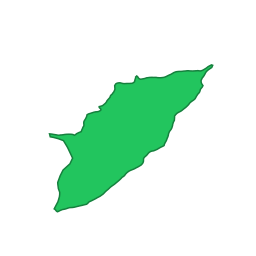 Hadibu, Hadramawt, Yemen (Albers equal-area conic projection), rotated 329°
{"feature_id": "15242507B399982580631", "entity_name": "Hadibu", "entity_type": "district", "adm_level": 2, "iso_a3": "YEM", "parent_name": "Yemen", "parent_adm1": "Hadramawt", "projection": "albers", "projection_center": [54.052, 12.499], "detail": "fine", "context": "isolated", "style": "filled", "palette": "green", "viewbox_px": 256, "rotation_deg": 329, "n_neighbors": 0, "source": "geoboundaries", "source_scale": "gbopen_adm2", "svg_char_len": 4186}
<svg xmlns="http://www.w3.org/2000/svg" viewBox="0 0 256 256"><g transform="rotate(329 128 128)"><path d="M23.1,159.3L23.3,159.6L23.7,161.0L23.8,162.2L24.3,163.4L24.9,163.5L25.5,163.7L27.0,163.7L28.3,163.9L29.7,164.1L31.0,164.6L32.4,165.1L33.6,165.4L35.1,165.7L36.4,166.0L36.8,166.1L37.5,166.5L37.9,166.7L39.2,167.4L40.3,167.9L41.7,168.4L43.4,168.9L45.0,169.4L46.9,170.0L48.6,170.6L50.3,171.1L51.9,171.6L53.1,172.0L54.6,171.9L55.8,171.4L57.1,171.3L58.5,171.5L59.8,171.6L61.1,171.7L62.5,171.8L63.9,171.9L65.9,171.9L67.3,172.0L68.7,172.1L70.1,172.0L71.5,171.9L72.7,171.8L73.9,171.5L75.6,171.0L77.0,170.7L78.2,170.5L79.6,170.3L80.9,170.0L82.1,169.7L83.7,169.5L85.0,169.4L86.4,169.3L87.7,169.2L88.9,169.0L90.2,168.8L91.5,168.6L92.8,168.4L94.7,168.0L96.0,167.7L97.6,167.2L99.0,167.2L100.5,167.0L102.0,166.3L103.8,165.8L105.1,165.6L106.8,165.5L108.2,165.6L110.1,165.9L111.3,166.1L112.7,166.3L114.0,166.3L115.4,166.4L116.6,166.5L118.4,166.5L120.2,166.5L121.6,166.1L123.0,165.5L123.9,164.6L124.0,164.6L124.9,163.3L125.5,162.3L126.8,161.6L128.2,161.3L129.5,161.1L130.9,160.7L132.1,160.2L133.7,159.8L135.2,159.8L136.6,160.1L137.7,160.6L138.9,160.9L140.5,161.1L141.8,161.3L143.5,161.3L145.1,161.3L146.7,161.4L148.6,161.6L149.9,161.6L150.9,160.6L152.5,159.6L154.3,158.6L155.3,157.8L156.4,156.9L157.6,156.1L158.8,155.0L158.9,154.9L159.7,153.9L160.7,153.1L161.8,152.3L162.9,151.9L164.1,151.4L165.2,150.8L166.2,150.0L166.3,149.9L167.4,148.9L168.2,147.9L169.2,147.0L170.3,146.1L171.6,145.4L172.4,144.3L173.3,143.0L174.1,141.7L175.2,141.3L176.4,140.9L177.8,140.6L179.2,140.6L180.7,140.7L181.9,140.8L183.3,140.7L184.6,140.5L186.1,140.3L188.0,140.1L189.4,139.8L190.7,139.5L192.2,139.1L193.4,138.5L194.6,138.2L196.1,138.0L197.5,137.9L198.9,137.8L200.5,137.5L201.6,136.9L202.9,136.1L204.3,135.4L205.4,134.9L206.9,134.5L208.1,133.9L209.1,133.0L210.1,132.1L211.4,131.6L212.6,131.2L214.1,130.3L214.1,130.2L214.0,129.0L214.0,127.6L214.4,126.2L215.2,124.8L216.2,124.2L217.3,123.4L218.5,123.0L219.7,122.5L221.2,121.7L222.5,120.9L223.0,120.6L223.8,120.2L225.1,119.8L226.2,119.6L226.7,119.5L228.2,119.4L229.7,119.3L230.9,119.3L232.9,117.9L232.1,116.9L231.2,116.8L230.6,116.8L229.3,116.7L227.9,116.7L226.7,116.9L225.4,117.0L224.1,117.0L223.9,117.0L222.7,117.0L221.3,116.9L219.7,116.5L218.5,115.7L217.4,114.8L216.3,114.3L215.0,113.6L213.8,113.0L212.7,112.4L211.6,111.7L210.5,111.0L209.5,110.2L208.4,109.5L206.6,108.7L205.0,107.9L203.6,107.3L202.4,106.7L201.3,106.0L200.1,105.4L198.8,104.8L197.6,104.4L195.8,104.1L194.0,104.1L192.5,104.1L191.2,103.9L189.5,103.7L188.1,103.6L186.9,103.5L185.7,103.3L184.4,102.9L183.3,102.4L181.8,101.7L180.5,100.9L179.3,100.1L178.3,99.2L177.2,98.5L176.1,97.9L174.9,97.1L173.7,96.4L172.6,95.8L171.2,95.2L169.6,94.5L168.3,94.3L166.8,93.8L164.9,93.1L163.8,92.6L163.0,91.6L162.7,90.4L162.7,89.1L162.3,87.9L160.9,88.2L160.9,88.3L160.0,89.2L159.1,90.0L158.2,90.9L158.1,91.0L157.3,91.8L155.9,91.9L154.7,91.9L153.8,91.4L153.6,91.3L152.4,90.7L150.4,89.5L149.1,88.8L147.9,88.2L146.6,87.3L145.6,86.3L144.4,85.1L142.8,84.3L141.5,83.9L140.1,83.9L139.8,84.1L138.4,84.8L137.8,86.0L137.3,87.1L136.6,88.2L135.5,89.0L134.5,89.7L133.1,90.2L131.9,90.8L130.5,91.0L129.2,91.6L128.3,92.5L128.2,92.5L126.7,93.0L125.6,93.3L123.9,93.9L122.9,94.6L122.1,94.9L121.2,95.2L119.9,95.4L118.7,95.6L117.5,95.7L115.5,95.2L114.3,94.8L114.1,95.1L113.9,95.7L114.5,97.9L113.7,98.8L112.3,98.8L110.9,98.6L109.8,98.1L108.4,97.4L107.2,97.0L106.9,96.9L105.6,96.6L103.9,96.2L102.9,96.0L102.7,95.9L101.4,95.6L99.8,95.5L99.7,95.6L98.9,96.4L98.0,97.2L96.9,97.9L95.9,98.5L94.4,99.2L93.2,100.1L92.5,101.2L91.9,102.5L91.2,103.5L90.2,103.9L89.2,104.6L88.3,105.3L87.1,106.1L86.1,107.0L84.6,106.8L83.5,106.6L81.0,106.4L79.7,106.6L78.3,106.6L77.6,105.4L77.4,105.2L76.6,104.5L75.3,103.6L74.3,103.0L73.1,102.3L72.0,101.7L70.3,100.9L69.0,100.4L67.8,99.9L66.7,99.3L65.8,98.9L65.4,98.8L64.3,98.1L63.1,97.0L61.8,95.9L60.7,95.0L60.4,94.7L59.3,93.8L58.4,93.1L57.7,92.6L57.5,93.3L56.8,95.5L59.3,97.7L62.7,101.2L66.2,105.6L66.2,112.8L66.1,114.4L65.0,125.3L59.8,128.8L50.7,130.6L45.3,134.0L43.8,135.2L39.7,138.5L38.9,140.0L37.1,144.1L36.4,147.8L35.2,149.8L33.8,151.6L30.0,155.1L23.1,159.3Z" fill="#22c55e" stroke="#15803d" stroke-width="1.5"/></g></svg>